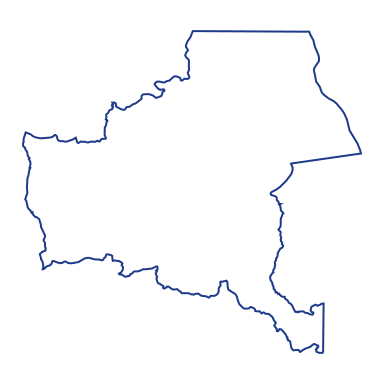 the Province of Katanga
{"feature_id": "COD-1897", "entity_name": "Katanga", "entity_type": "Province", "adm_level": 1, "iso_a3": "COD", "parent_name": "Democratic Republic of the Congo", "parent_adm1": "", "projection": "albers", "projection_center": [26.036, -9.229], "detail": "fine", "context": "isolated", "style": "outline", "palette": "blue", "viewbox_px": 384, "rotation_deg": 0, "n_neighbors": 0, "source": "natural_earth", "source_scale": "10m", "svg_char_len": 5949}
<svg xmlns="http://www.w3.org/2000/svg" viewBox="0 0 384 384"><path d="M309.2,31.7L310.5,35.0L313.4,40.4L314.9,46.6L318.5,55.3L319.1,58.5L318.8,61.4L314.7,67.3L313.9,69.7L314.0,71.2L315.1,75.5L316.1,81.5L319.7,86.7L321.5,91.8L322.4,93.2L323.5,94.5L328.6,98.4L333.8,101.2L336.7,103.7L342.0,110.1L344.3,113.6L347.0,119.7L349.6,130.6L357.4,143.3L360.1,150.1L361.0,153.5L291.9,163.4L291.0,163.7L292.7,167.8L292.4,171.2L291.0,174.5L286.2,180.8L279.9,187.0L276.4,189.5L271.4,192.2L270.6,193.6L271.2,195.0L274.7,196.0L276.0,196.7L276.7,197.7L276.9,200.2L278.5,201.7L278.9,203.8L280.5,204.0L279.2,204.7L280.1,205.9L280.6,207.6L280.9,210.5L281.5,211.2L282.4,211.9L282.5,212.4L283.4,213.4L282.7,213.9L282.3,214.5L281.9,216.2L280.8,218.6L280.7,225.2L280.4,226.7L278.5,229.6L280.5,231.8L280.7,232.6L280.3,234.5L280.4,235.5L281.3,238.0L280.7,239.6L281.0,240.2L280.9,241.0L282.2,242.8L282.0,244.5L283.2,245.8L283.0,246.5L282.0,247.8L280.4,248.5L277.8,253.0L277.5,256.0L276.9,257.6L276.0,258.6L276.0,260.2L274.8,262.2L275.2,265.1L274.7,266.1L274.7,267.8L273.3,270.2L273.1,271.1L273.4,272.5L272.2,273.4L270.3,276.2L270.2,278.9L271.0,280.9L272.0,282.2L272.7,284.5L272.5,285.0L273.4,286.3L273.7,288.9L275.1,290.0L275.4,291.8L275.8,292.4L276.3,292.1L277.0,292.4L278.0,294.0L278.9,293.5L279.4,293.9L280.1,295.3L282.4,296.7L283.1,296.9L284.4,296.7L284.8,297.0L285.1,298.6L287.4,300.2L288.8,302.7L290.9,304.0L291.9,305.2L295.2,311.8L296.4,312.0L297.6,311.6L298.0,312.3L300.3,311.4L303.4,311.4L305.2,312.8L307.4,313.0L309.9,314.3L312.4,314.7L313.3,313.8L313.3,312.5L311.7,312.0L310.5,310.2L311.5,306.7L315.3,304.7L316.3,304.9L317.4,305.8L320.0,304.8L321.2,303.9L323.6,303.5L323.1,351.7L322.5,352.9L319.5,352.9L317.3,352.2L316.4,351.5L315.8,349.7L316.7,349.3L316.8,347.9L318.0,347.3L318.4,346.2L317.9,345.4L316.9,345.4L314.9,344.1L314.0,344.0L313.2,344.4L310.2,346.9L305.0,348.8L301.5,350.9L300.4,351.9L299.8,351.8L298.9,350.3L298.1,349.9L293.3,350.3L291.7,348.6L291.2,347.0L290.1,341.4L289.6,340.9L288.2,340.5L287.9,339.2L287.2,338.8L287.4,337.2L286.6,336.7L286.0,334.9L282.9,331.1L281.4,329.5L279.7,329.1L279.2,329.4L278.3,331.0L277.2,331.2L276.8,330.9L276.7,328.9L274.5,326.2L274.3,325.2L275.7,323.6L275.7,322.6L274.1,320.6L272.4,317.0L268.7,313.9L265.6,313.8L263.7,312.4L262.8,312.7L261.7,313.4L260.8,312.7L260.1,311.5L255.3,311.1L254.9,309.3L254.4,308.6L251.5,307.1L250.6,307.0L249.0,308.3L247.8,308.6L244.4,308.6L243.4,308.2L239.1,303.9L237.3,298.6L237.1,297.1L235.4,294.1L228.5,289.8L227.6,286.4L227.5,283.3L227.1,281.6L226.5,280.7L222.2,281.7L220.7,281.6L220.2,282.2L220.6,285.5L219.1,287.4L218.7,288.9L218.6,292.0L217.8,293.5L216.5,294.8L215.1,295.6L213.5,295.9L210.8,295.8L209.3,297.4L208.5,297.6L206.5,296.4L202.1,295.9L200.8,295.4L198.9,293.9L198.0,293.6L195.2,293.9L193.7,294.7L192.5,294.3L191.2,294.4L188.8,293.2L181.9,293.2L181.3,292.9L180.8,291.8L179.4,291.1L177.1,289.1L175.3,289.5L172.4,289.4L168.6,286.6L166.9,286.6L166.3,287.6L165.5,287.8L164.6,288.4L163.9,288.5L163.3,288.2L163.1,287.7L163.4,286.1L160.6,284.5L159.8,283.7L158.3,283.4L157.6,282.4L156.6,279.3L156.5,278.3L157.2,276.9L155.8,274.0L155.8,273.1L156.8,271.6L156.0,270.7L157.5,269.8L157.4,266.8L157.0,266.4L155.8,266.6L152.3,268.4L150.1,268.8L144.7,269.3L143.3,269.2L139.0,271.1L137.5,271.4L134.7,271.4L133.3,272.0L131.9,273.7L130.3,274.2L129.3,276.0L128.1,276.0L126.5,276.6L124.9,276.7L122.0,274.7L119.2,274.3L118.9,273.6L120.9,272.7L122.8,269.7L123.0,267.3L122.8,266.7L121.7,265.4L121.7,264.8L122.4,263.7L122.0,262.9L119.1,261.0L117.0,260.9L114.9,260.4L112.8,260.8L112.2,257.4L112.4,256.1L111.6,255.3L108.2,254.4L106.9,254.3L106.2,254.7L105.5,257.1L104.0,258.2L103.2,259.8L102.0,260.3L98.9,259.5L94.8,259.4L89.3,257.9L87.9,257.8L84.8,258.4L78.3,262.1L71.5,263.3L68.4,263.1L65.5,261.5L64.6,261.5L62.2,262.9L60.8,263.2L58.0,262.7L53.7,261.0L52.4,261.2L51.2,264.3L50.2,265.2L46.4,266.5L44.3,268.7L43.6,269.1L42.7,269.2L43.2,267.6L43.3,266.0L42.8,262.7L41.8,260.2L41.0,259.4L41.0,258.0L39.8,254.1L42.0,252.0L45.5,250.6L45.5,248.4L45.7,248.1L45.1,247.1L44.9,242.6L43.7,240.8L43.6,240.0L44.7,237.8L45.1,235.7L40.9,226.7L41.1,225.5L39.2,219.1L36.6,217.1L35.3,217.0L33.1,214.6L32.7,213.5L32.6,212.3L31.6,212.8L31.0,211.3L28.6,208.8L27.7,207.3L26.3,200.9L25.2,199.3L27.4,192.8L26.9,187.4L27.5,178.0L28.4,175.6L29.2,170.4L30.3,168.0L29.5,167.8L30.4,164.8L30.5,163.2L30.2,161.5L28.8,159.1L29.6,158.3L27.8,155.9L27.1,151.8L25.5,149.6L24.9,147.5L23.4,146.5L23.2,145.8L23.0,143.2L23.8,141.7L23.5,140.2L23.7,138.6L25.7,132.4L31.0,134.5L32.8,136.1L35.2,137.2L39.1,138.1L41.6,138.3L50.6,137.5L52.5,136.9L54.7,135.0L55.5,135.0L56.8,136.2L57.5,139.2L58.5,140.5L60.0,141.1L62.6,141.1L65.3,141.7L67.8,141.3L73.2,139.3L75.8,137.7L77.0,141.9L77.6,142.7L78.4,143.0L81.0,141.5L82.5,141.8L84.3,141.7L87.8,142.5L91.2,141.6L95.1,141.8L97.5,140.7L99.0,141.6L100.0,141.1L100.9,139.7L102.0,138.9L105.7,138.7L105.9,137.9L104.6,134.9L104.8,127.4L105.8,126.0L106.6,121.9L107.4,121.0L107.1,120.2L105.8,119.5L106.4,117.5L106.1,115.0L106.5,114.2L107.8,113.3L109.6,110.1L111.9,109.3L112.4,108.8L112.9,107.2L112.4,106.9L112.9,106.4L111.9,105.2L112.2,104.6L113.1,104.4L112.9,103.3L112.4,102.6L114.3,102.5L115.3,103.0L115.9,103.8L116.0,106.2L116.5,106.8L121.2,109.2L123.1,109.8L124.4,109.8L125.3,109.1L126.5,107.2L129.8,106.6L132.6,104.5L135.8,103.3L141.2,99.1L141.5,98.7L141.6,96.0L142.3,95.0L143.4,94.3L147.6,94.1L150.3,94.5L153.1,95.6L155.8,97.8L156.3,97.9L161.3,96.0L162.4,93.5L162.5,92.0L164.4,90.8L164.4,90.0L163.7,89.3L160.1,89.8L159.8,89.4L158.5,89.0L155.7,85.9L154.6,84.2L155.5,82.7L156.9,81.7L159.6,81.6L163.5,82.5L164.6,82.4L166.8,81.1L169.4,80.6L173.7,76.7L174.6,76.3L176.4,76.4L179.7,77.6L180.4,78.4L180.7,80.1L181.4,80.6L182.2,80.5L184.4,78.8L187.8,78.9L188.6,78.4L189.2,77.6L189.3,76.5L188.0,73.9L187.8,72.8L189.1,69.6L188.8,66.2L189.0,61.2L188.4,59.3L186.2,57.4L185.2,55.4L186.1,52.8L188.0,50.2L186.0,46.8L185.9,45.5L187.3,41.7L190.4,37.2L192.8,31.1L309.2,31.7Z" fill="none" stroke="#1e3a8a" stroke-width="2"/></svg>